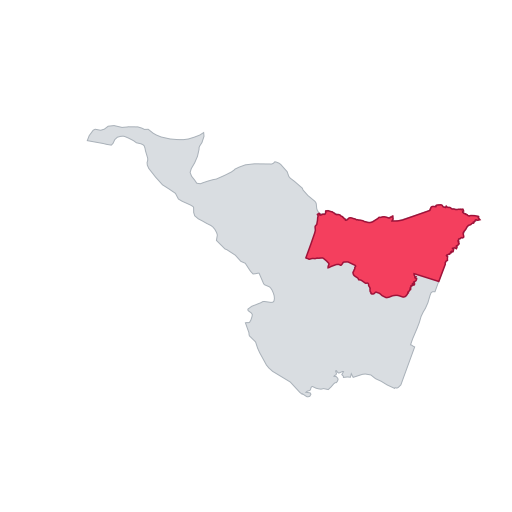 Est on a map of Cameroon (Natural Earth projection), rotated 290°
{"feature_id": "CMR-1481", "entity_name": "Est", "entity_type": "Province", "adm_level": 1, "iso_a3": "CMR", "parent_name": "Cameroon", "parent_adm1": "", "projection": "natural_earth1", "projection_center": [14.383, 3.885], "detail": "fine", "context": "in_parent", "style": "filled", "palette": "rose", "viewbox_px": 512, "rotation_deg": 290, "n_neighbors": 0, "source": "natural_earth", "source_scale": "10m", "svg_char_len": 9716}
<svg xmlns="http://www.w3.org/2000/svg" viewBox="0 0 512 512"><g transform="rotate(290 256 256)"><path d="M141.9,346.6L142.8,343.9L149.3,331.3L153.3,311.0L155.2,306.3L157.1,303.1L166.5,292.4L170.0,289.0L175.1,285.0L178.7,277.1L179.9,276.3L181.5,275.6L189.6,268.9L190.3,270.2L190.8,271.8L191.4,272.6L194.0,273.1L197.6,273.0L199.7,272.6L200.8,271.2L201.9,267.5L202.5,266.8L203.4,266.6L207.3,269.2L213.8,276.6L215.4,277.9L216.1,279.3L217.5,285.9L218.3,287.6L219.7,288.3L222.2,287.9L224.8,286.7L227.1,285.0L229.4,282.8L230.9,280.8L231.6,279.3L231.9,273.9L232.5,272.7L240.9,264.8L240.7,264.0L239.3,261.8L238.1,259.4L239.3,256.9L240.6,254.9L245.5,248.4L245.8,243.6L249.7,236.2L252.0,226.3L252.0,224.4L257.1,213.5L262.5,212.5L264.5,211.0L266.9,208.3L268.4,205.8L269.2,203.4L269.7,198.8L270.6,193.6L271.2,189.0L272.8,184.7L275.5,182.6L280.2,180.8L280.9,180.0L281.5,177.1L282.2,167.7L283.0,163.6L287.3,158.9L289.2,151.5L290.9,143.8L295.8,134.6L301.6,125.3L304.2,122.8L306.5,121.7L309.0,121.5L310.8,120.8L317.0,116.2L319.5,114.7L321.4,113.1L321.9,111.7L322.1,109.6L321.5,104.9L322.5,101.4L323.2,95.9L323.4,91.7L323.2,90.2L322.1,87.8L320.2,85.1L317.1,83.5L312.9,83.1L310.7,82.1L309.8,77.3L309.5,74.2L306.7,58.0L312.1,58.1L318.5,60.0L320.1,61.5L321.0,67.0L323.3,70.1L327.4,72.7L330.0,78.0L331.0,86.1L333.2,90.9L333.7,91.7L336.9,100.8L337.1,105.0L336.8,107.9L338.2,111.4L336.2,117.4L335.6,121.0L335.4,126.2L336.6,135.3L338.5,142.3L340.5,148.0L342.8,152.4L346.5,157.3L350.4,161.8L354.1,164.6L350.7,166.2L344.1,166.4L340.3,165.5L338.5,165.4L336.7,166.0L329.7,166.9L322.6,166.5L316.0,165.3L312.0,165.5L308.9,168.2L306.4,172.3L304.1,175.5L304.9,179.1L306.7,181.1L310.1,185.4L313.1,189.6L314.7,192.4L320.7,198.6L326.6,204.2L329.4,206.1L330.4,206.5L333.6,209.6L338.0,214.8L342.1,223.0L347.8,239.3L349.0,240.6L351.0,241.5L351.2,243.2L351.1,245.8L350.5,247.9L345.9,256.4L341.9,259.7L340.8,261.7L339.3,266.6L335.6,276.3L334.1,277.6L330.5,284.2L327.6,292.5L326.8,293.8L325.6,294.8L321.4,296.8L320.0,297.9L317.9,300.5L317.6,302.1L318.6,304.5L319.8,306.3L322.0,306.4L323.2,308.1L323.2,320.9L322.2,322.9L322.2,323.7L321.7,325.9L321.5,328.4L321.9,329.4L322.7,330.2L323.9,331.9L324.5,335.8L325.9,349.7L326.6,351.9L327.8,353.4L331.4,356.4L335.3,360.3L336.5,362.9L337.2,367.1L338.7,370.3L338.7,371.5L338.1,371.9L335.7,372.2L336.5,374.6L338.5,378.7L348.3,391.5L357.8,403.0L360.0,403.8L361.7,404.1L362.4,404.7L363.3,406.4L366.5,410.5L367.0,412.9L366.3,415.2L367.1,418.8L367.6,420.1L367.4,421.3L367.8,425.6L368.6,429.4L370.0,432.6L369.8,434.9L368.0,436.2L367.0,438.3L366.6,441.2L367.2,444.8L368.6,449.1L368.6,451.6L366.3,453.2L363.8,450.3L361.0,448.4L356.8,444.9L352.6,443.7L347.1,443.5L344.8,443.9L340.7,441.2L339.4,440.8L337.6,441.9L336.4,442.0L334.8,441.5L331.7,441.6L331.4,439.6L330.9,439.2L327.5,439.4L326.5,437.8L326.1,437.9L324.7,437.4L322.0,435.1L319.2,436.6L313.3,436.4L283.6,436.4L282.9,434.2L281.4,433.1L278.7,433.0L270.8,433.5L264.8,433.1L260.7,432.3L255.7,431.8L249.4,432.2L243.1,432.1L231.7,431.5L225.4,431.6L225.5,432.9L225.1,433.9L224.8,436.2L184.4,436.2L181.1,434.6L180.1,433.6L179.8,431.7L179.0,431.5L179.7,423.3L181.1,416.5L181.6,410.3L183.5,404.6L182.5,399.1L181.3,396.6L175.2,388.8L178.0,385.8L174.4,386.2L173.6,383.3L171.8,379.7L172.9,379.2L173.9,377.2L177.3,377.8L177.2,376.9L174.3,373.9L174.6,372.4L175.8,370.8L175.2,370.1L173.1,371.8L171.6,371.8L170.5,370.6L169.6,370.4L170.1,372.7L169.0,374.7L167.9,375.4L166.0,375.3L164.5,374.8L164.0,373.7L162.6,372.8L158.6,371.3L155.2,369.6L154.5,364.8L153.1,362.7L152.6,360.3L152.3,357.7L152.7,353.6L151.9,352.9L150.9,352.7L149.4,352.9L148.1,352.6L146.5,350.4L145.0,349.5L145.9,353.7L144.9,354.9L142.5,354.5L141.4,352.9L141.2,351.8L142.4,346.7L141.9,346.6Z" fill="#d9dde1" stroke="#a8b0b8" stroke-width="1"/><path d="M369.9,433.4L370.6,434.0L370.8,434.3L370.5,434.7L369.3,435.7L368.8,435.1L368.2,435.0L367.7,435.3L367.5,436.1L367.1,436.8L367.1,437.2L367.1,437.7L367.3,438.3L367.3,438.8L366.9,438.9L366.9,439.0L366.8,439.4L367.0,440.1L367.0,440.4L366.5,441.1L366.5,441.5L366.5,442.7L366.6,442.9L366.8,443.0L367.1,443.3L367.6,444.3L368.6,447.4L369.3,451.2L369.2,451.7L368.9,451.9L368.3,451.6L368.0,451.7L366.7,454.0L365.5,452.2L365.2,451.6L365.2,451.2L365.4,450.6L365.2,450.2L365.0,449.9L364.6,449.8L364.3,449.8L364.0,449.9L363.5,449.7L362.9,449.6L362.4,449.3L362.3,448.8L361.6,449.1L361.3,449.2L361.1,448.9L361.0,448.3L360.8,448.1L359.8,447.4L359.0,447.1L358.7,446.8L357.5,445.2L357.3,445.0L356.6,444.9L356.2,444.7L355.9,444.5L355.8,444.4L352.9,444.0L350.4,443.1L349.1,442.8L347.8,443.0L346.2,444.1L345.6,444.3L345.1,444.7L344.7,444.7L343.9,444.2L343.7,444.0L343.6,443.8L343.7,443.2L343.6,442.9L343.5,442.6L343.2,442.4L342.1,441.9L341.8,441.1L341.6,440.9L341.0,440.6L340.1,441.0L339.2,440.6L338.8,441.6L338.3,441.4L338.2,441.4L337.9,442.0L337.4,442.5L336.9,442.7L336.5,442.1L335.9,442.3L335.5,442.2L334.1,440.9L333.8,440.8L333.5,441.6L333.3,441.8L332.6,441.9L331.4,441.8L331.5,440.9L331.9,440.0L331.3,439.5L331.2,439.2L330.8,438.5L330.4,438.0L330.1,438.2L330.1,439.1L329.9,439.4L329.4,439.5L327.6,439.7L327.5,438.6L326.8,438.7L326.5,438.6L327.1,438.1L326.3,437.6L326.1,437.7L326.3,438.6L325.8,438.3L325.2,437.6L324.8,437.3L324.0,437.4L323.8,437.2L324.0,436.7L323.3,436.3L322.3,435.0L321.5,434.8L321.1,435.3L321.2,435.9L321.1,436.2L318.4,436.9L317.7,437.4L317.2,437.3L316.7,436.7L316.2,436.4L314.3,436.1L313.0,436.7L312.7,436.7L294.6,436.5L293.6,412.8L293.4,410.6L292.6,410.9L292.3,411.1L291.2,412.2L290.7,412.4L290.7,412.6L291.0,413.2L290.6,413.1L290.2,412.8L289.9,412.8L289.7,413.3L289.9,414.2L289.9,414.6L289.4,414.8L287.7,414.8L287.4,414.7L286.3,413.9L286.0,413.4L285.8,413.3L285.7,413.8L284.9,413.9L284.7,413.7L284.1,412.9L283.5,412.5L283.2,412.5L283.0,412.9L283.0,413.2L283.4,414.2L283.6,414.6L283.2,414.6L282.9,414.5L282.6,414.3L282.5,413.5L282.3,413.2L281.5,412.9L281.6,412.4L281.3,412.0L280.9,411.8L280.5,412.2L280.1,412.0L279.7,412.2L279.3,411.9L278.8,411.8L278.4,412.0L278.2,412.6L277.9,412.7L277.7,412.6L277.6,412.0L277.4,412.0L277.2,412.2L277.0,412.5L276.6,412.2L275.3,411.8L274.7,411.8L274.2,411.2L273.9,411.1L273.3,411.7L272.9,411.4L272.5,411.3L271.5,411.2L271.1,411.1L270.6,410.8L269.9,410.7L269.4,410.3L268.7,409.9L267.8,408.5L267.7,408.0L267.6,404.1L267.4,402.4L266.9,400.9L265.8,398.7L265.0,397.5L262.9,395.2L262.0,393.8L261.5,392.8L261.4,392.2L261.9,388.0L262.8,385.9L263.1,384.9L263.2,384.0L263.1,382.0L263.2,381.4L263.0,380.9L262.8,380.7L261.0,379.8L260.4,379.1L260.0,378.1L259.9,377.7L260.0,377.3L260.1,376.9L260.3,376.7L260.6,376.7L261.1,376.4L261.5,375.6L261.9,375.3L263.9,374.4L264.5,374.4L264.8,374.3L265.0,373.9L265.7,373.3L266.0,372.8L266.6,372.1L267.0,371.8L267.8,371.5L268.4,371.1L268.6,370.8L268.7,370.4L268.7,370.1L268.6,369.8L267.9,368.5L267.9,368.0L269.0,364.0L269.2,362.6L269.1,361.8L268.8,360.6L269.8,359.7L270.2,358.8L270.7,356.5L271.1,355.1L271.5,354.4L271.9,353.9L273.3,352.9L273.6,352.8L273.9,352.7L275.2,353.0L276.4,352.9L276.8,353.0L277.5,353.2L277.9,353.2L278.9,352.8L279.2,352.8L279.6,352.9L280.3,353.1L280.6,353.1L280.8,352.9L281.1,352.4L281.9,344.6L281.5,343.3L280.4,340.8L280.0,340.2L279.6,340.0L278.9,340.0L278.2,339.8L276.6,339.2L276.3,338.9L276.2,338.6L276.4,337.3L276.4,336.7L276.2,336.1L275.7,334.9L275.3,334.2L271.9,330.2L269.9,328.3L269.6,327.7L271.1,327.3L273.0,327.4L273.5,327.3L273.8,327.0L274.1,326.7L275.5,323.9L276.8,320.3L276.9,319.4L276.9,318.8L276.4,318.0L276.1,317.2L275.5,316.0L275.0,314.7L275.0,314.2L274.8,313.9L273.9,312.7L273.7,312.3L273.6,312.0L273.2,310.4L273.0,309.9L272.2,308.6L271.4,307.6L271.2,307.2L271.1,306.7L271.3,305.6L271.2,304.5L271.3,303.5L285.8,303.5L297.6,303.3L300.4,303.0L303.5,301.6L303.9,301.5L304.4,301.5L305.9,302.1L306.4,302.3L310.5,301.6L313.3,300.8L314.8,300.7L315.2,300.5L315.7,299.8L315.9,299.5L316.2,299.5L316.4,299.6L317.0,300.3L317.7,300.7L317.7,300.9L317.3,301.7L317.2,301.8L316.7,301.6L316.4,301.9L316.3,302.1L316.4,302.4L316.6,302.8L317.2,303.6L317.6,304.0L318.1,304.5L318.3,305.1L318.4,305.7L318.6,306.2L319.1,306.6L319.6,306.6L320.6,306.7L321.0,306.7L321.8,306.1L322.2,306.1L322.6,306.8L322.7,307.5L323.2,308.1L323.4,311.8L323.6,312.5L323.4,313.0L323.0,314.9L322.4,316.5L322.4,317.0L322.4,317.6L322.6,318.1L323.0,318.9L323.2,319.5L323.2,319.9L323.2,320.9L323.1,321.3L322.6,322.3L322.5,322.9L322.6,323.8L322.4,324.2L322.0,324.4L322.0,324.7L321.8,325.3L321.5,325.8L321.3,325.9L321.3,326.4L321.1,327.0L320.8,327.6L320.5,328.0L320.3,328.0L320.4,328.4L320.9,329.0L321.5,329.5L322.8,330.0L323.4,330.3L323.9,330.9L324.2,331.6L324.4,332.4L324.5,333.2L324.5,334.9L324.7,336.3L324.5,337.6L324.4,338.2L324.6,338.6L324.9,339.2L324.8,340.2L325.3,341.3L325.7,344.5L325.5,345.7L325.4,346.3L325.6,346.9L325.8,349.6L326.2,351.2L327.0,352.7L328.0,353.9L332.8,357.6L334.1,358.2L334.4,358.4L334.6,358.8L334.8,359.7L335.0,360.1L336.1,361.6L336.5,362.6L336.8,363.5L337.1,365.6L337.1,367.6L337.4,368.5L337.7,368.8L338.1,368.8L338.6,369.0L338.8,369.5L338.9,370.0L339.1,370.2L339.5,370.2L339.9,370.3L340.3,370.6L340.4,370.9L339.8,371.2L339.1,371.4L338.0,372.0L337.4,372.2L336.9,372.1L335.9,371.8L335.4,371.8L337.2,376.7L339.7,381.1L358.1,403.6L358.4,403.8L359.0,403.9L359.6,403.6L359.8,403.7L360.2,403.9L361.5,403.8L362.0,404.0L362.6,404.5L363.1,405.3L363.3,405.9L363.7,407.7L363.9,408.0L364.0,408.2L364.7,407.9L365.0,407.9L365.3,408.1L365.6,408.4L366.2,409.5L367.3,412.1L367.4,413.0L367.2,413.8L366.3,414.8L366.2,415.7L366.4,416.9L366.3,417.4L366.4,417.6L367.1,417.6L367.9,417.7L367.4,418.7L367.3,419.1L367.3,419.8L367.8,421.0L367.9,421.7L367.8,422.4L367.3,423.6L367.3,424.3L367.4,424.8L367.8,425.6L367.9,426.2L367.9,427.5L368.2,428.5L368.6,429.4L369.3,430.5L369.5,431.1L369.5,431.8L369.6,432.0L370.1,432.4L370.2,432.7L370.0,433.1L369.9,433.4Z" fill="#f43f5e" stroke="#9f1239" stroke-width="1.5"/></g></svg>